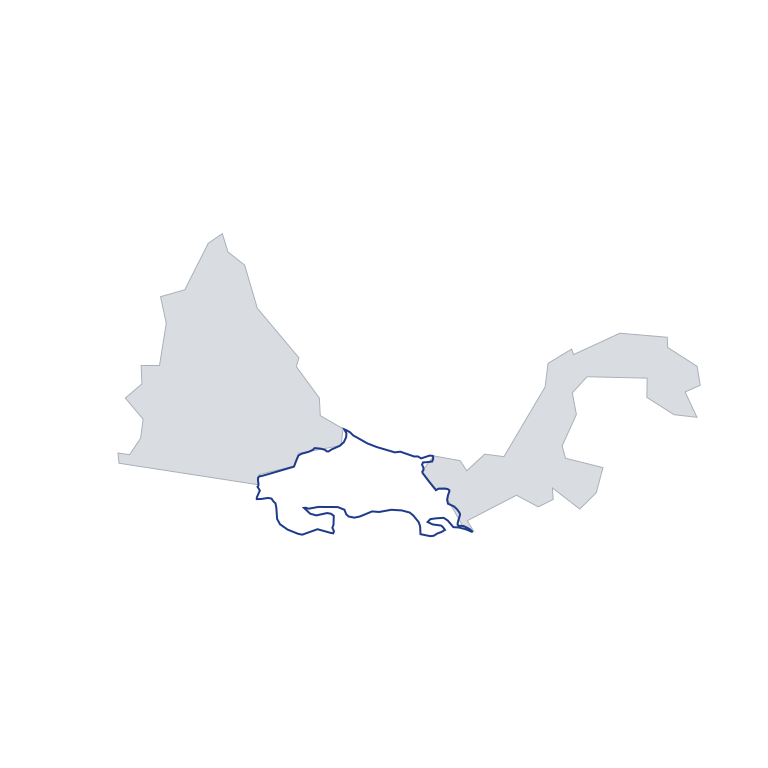 Costa Rica shown with its bordering countries, rotated 322°
{"feature_id": "CRI", "entity_name": "Costa Rica", "entity_type": "country or territory", "adm_level": 0, "iso_a3": "CRI", "parent_name": "North America", "parent_adm1": "", "projection": "robinson", "projection_center": [-84.032, 9.63], "detail": "fine", "context": "with_neighbors", "style": "outline", "palette": "blue", "viewbox_px": 768, "rotation_deg": 322, "n_neighbors": 2, "source": "natural_earth", "source_scale": "50m", "svg_char_len": 2690}
<svg xmlns="http://www.w3.org/2000/svg" viewBox="0 0 768 768"><g transform="rotate(322 384 384)"><path d="M636.0,521.6L630.0,529.8L641.6,562.9L632.4,579.7L616.4,575.6L610.1,602.9L593.6,586.7L582.9,556.4L595.0,541.4L548.5,503.3L526.9,506.9L516.9,526.4L486.2,542.5L481.3,554.2L505.0,584.7L484.4,600.3L461.3,603.1L452.7,569.5L446.3,579.1L429.9,575.8L419.9,553.2L365.5,543.0L364.0,555.2L358.3,546.7L363.1,513.9L370.5,507.3L360.2,498.9L359.9,476.3L379.0,471.3L396.8,491.4L395.8,503.3L420.2,501.3L433.8,515.1L509.2,485.5L526.0,468.7L553.3,472.0L551.5,477.5L601.1,489.2L636.0,521.6Z" fill="#d9dde1" stroke="#a8b0b8" stroke-width="1"/><path d="M324.2,394.1L312.3,406.0L273.9,386.0L262.6,393.3L230.0,378.5L222.6,385.7L126.4,283.3L131.9,274.6L140.0,283.1L159.0,276.8L172.5,263.4L171.5,235.8L193.3,234.9L204.0,219.9L218.5,231.2L249.8,202.1L261.7,177.6L285.0,187.1L332.2,164.9L349.1,166.0L342.3,184.0L347.4,204.5L330.8,246.3L333.1,310.9L325.6,316.4L324.4,355.3L314.3,369.7L324.2,394.1Z" fill="#d9dde1" stroke="#a8b0b8" stroke-width="1"/><path d="M378.2,470.7L377.9,471.7L377.0,472.8L375.8,473.9L374.2,474.7L370.3,472.4L366.4,469.8L364.3,471.0L363.5,474.3L362.1,476.1L360.3,476.7L359.6,477.8L359.4,489.1L359.6,499.7L362.5,500.0L367.3,503.6L369.4,505.8L370.1,507.8L369.5,508.8L365.9,511.1L362.5,514.0L360.7,517.7L363.8,523.6L364.4,527.6L364.3,531.8L363.5,533.8L356.8,538.6L355.3,540.3L355.5,541.5L359.2,544.9L360.9,548.1L362.4,552.0L362.6,555.3L359.2,549.1L354.6,543.1L350.5,539.5L350.2,530.9L348.6,526.2L342.5,522.0L337.3,519.0L333.4,519.6L335.8,524.5L341.9,530.8L342.3,533.2L342.2,536.5L338.0,536.0L334.3,534.7L329.7,534.2L326.7,532.3L320.3,524.8L324.9,518.3L326.3,514.1L326.1,505.4L325.1,501.1L320.2,494.6L312.3,487.6L301.3,481.8L296.2,477.1L283.3,473.5L278.4,471.1L274.6,466.7L274.0,463.6L275.4,458.7L271.8,452.5L256.5,440.4L247.9,435.9L246.1,433.3L244.7,432.4L246.0,440.8L249.8,445.9L259.6,450.6L262.2,453.4L263.3,456.9L257.6,463.8L254.8,465.5L253.9,469.3L252.0,470.4L250.1,468.2L242.2,457.5L226.8,452.4L224.1,449.2L218.4,439.4L215.7,430.5L216.7,424.5L223.0,415.2L225.0,411.2L224.6,408.7L224.8,405.0L222.5,402.4L216.6,399.1L212.9,396.4L213.9,395.1L220.6,391.5L221.0,388.2L221.0,387.2L222.1,386.9L223.1,386.1L223.7,385.2L225.5,382.1L227.1,380.3L228.9,380.0L231.2,381.3L239.6,384.7L248.9,388.4L262.2,393.7L267.8,390.3L272.5,387.7L275.8,388.1L283.0,391.1L287.3,392.1L289.9,391.8L294.5,396.2L297.0,399.6L297.4,401.8L298.8,403.0L302.4,403.3L311.1,405.5L316.5,405.1L321.3,402.7L324.0,399.8L324.8,395.3L326.0,397.5L327.5,401.1L328.1,405.6L334.4,420.7L339.4,429.1L350.4,444.5L355.2,447.4L363.2,459.8L366.0,461.8L367.5,465.5L375.9,468.5L378.2,470.7Z" fill="none" stroke="#1e3a8a" stroke-width="2"/></g></svg>